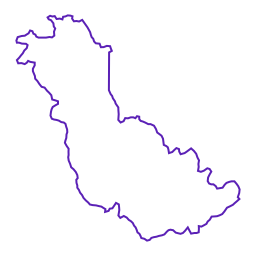 the district of Lorena, São Paulo, Brazil
{"feature_id": "56859067B19508502675553", "entity_name": "Lorena", "entity_type": "district", "adm_level": 2, "iso_a3": "BRA", "parent_name": "Brazil", "parent_adm1": "São Paulo", "projection": "orthographic", "projection_center": [-45.064, -22.777], "detail": "fine", "context": "isolated", "style": "outline", "palette": "violet", "viewbox_px": 256, "rotation_deg": 0, "n_neighbors": 0, "source": "geoboundaries", "source_scale": "gbopen_adm2", "svg_char_len": 3302}
<svg xmlns="http://www.w3.org/2000/svg" viewBox="0 0 256 256"><path d="M179.0,149.1L176.4,148.1L174.4,149.9L172.3,152.0L169.0,153.1L168.4,149.5L167.8,147.3L166.2,146.0L163.8,144.9L163.0,138.7L161.5,135.7L159.4,134.1L157.2,132.5L156.0,129.1L154.0,125.7L150.5,124.1L148.2,124.1L145.3,122.6L142.8,121.5L140.7,120.9L139.3,119.3L139.2,116.7L137.0,116.2L135.4,118.2L133.2,117.3L130.9,117.3L128.0,118.3L125.2,118.1L123.6,121.2L120.6,122.5L118.3,119.9L118.7,114.2L118.4,110.4L118.3,107.4L115.6,103.5L115.0,101.4L112.9,98.3L112.1,95.9L110.7,94.2L108.9,90.2L109.1,52.4L111.8,50.9L110.8,48.4L110.1,46.2L106.8,45.9L103.7,47.1L100.9,47.2L99.6,43.7L95.8,43.3L94.1,41.5L93.2,38.7L91.7,37.2L90.9,35.0L90.1,32.1L89.0,30.1L87.5,27.4L82.2,19.9L79.1,21.5L76.4,21.0L73.9,21.3L72.1,18.6L72.5,16.3L70.3,15.6L67.7,15.4L65.5,16.4L63.1,16.8L62.4,19.4L59.8,18.6L56.6,19.0L54.7,16.1L52.4,16.5L50.1,15.8L47.6,17.4L48.7,19.3L51.0,20.2L53.4,23.3L53.8,26.5L55.2,28.5L54.0,31.7L54.3,35.6L52.0,37.4L49.5,37.0L46.0,37.6L42.0,37.6L38.5,37.6L36.3,36.6L35.4,34.6L33.4,33.7L32.4,31.2L30.1,30.5L28.6,33.3L26.8,34.4L24.8,35.7L21.7,36.0L17.7,37.1L16.4,40.5L16.9,42.7L19.1,42.7L21.9,43.6L26.0,43.8L27.6,45.1L26.7,48.2L24.3,50.5L22.8,53.3L20.9,55.5L19.3,57.6L16.9,60.1L18.2,63.3L21.6,63.1L24.7,64.1L26.7,62.8L28.1,60.9L30.3,61.9L34.7,62.6L34.7,65.3L32.9,68.8L32.9,71.2L33.9,73.6L34.9,76.0L35.2,78.7L37.3,80.9L39.5,84.2L41.6,86.8L44.6,87.6L47.0,90.7L49.0,92.6L51.3,95.2L52.2,99.5L55.1,100.3L58.0,101.3L58.0,103.9L55.6,105.2L52.7,107.0L51.6,109.3L51.0,111.7L50.5,115.6L51.8,118.7L54.0,119.5L56.4,119.9L58.8,120.6L61.3,122.1L63.8,122.5L65.5,123.9L66.2,126.7L67.1,129.3L67.3,132.2L66.5,134.4L66.3,138.0L65.4,140.6L64.9,142.8L66.7,146.0L68.6,148.7L68.5,151.7L68.6,155.0L68.2,157.2L68.7,160.6L70.1,163.8L71.2,167.3L73.5,169.2L75.8,172.0L77.3,175.1L77.7,178.1L76.3,179.8L76.5,182.9L77.3,185.4L77.3,187.7L78.9,189.9L80.1,192.7L82.1,195.1L83.5,197.9L85.8,200.4L88.3,202.6L89.9,204.5L92.6,205.1L96.1,205.4L98.9,206.1L101.4,206.6L103.2,207.8L105.4,209.1L105.1,211.9L108.6,210.9L109.7,208.7L112.4,208.3L114.3,205.5L116.0,202.9L118.8,204.4L119.1,207.2L119.3,210.0L118.9,212.6L118.4,215.5L120.3,217.9L123.8,216.0L126.8,217.6L128.8,219.9L130.8,221.1L132.8,223.0L134.1,225.7L135.6,227.4L136.6,229.7L137.5,232.4L139.4,233.8L140.5,235.9L141.3,238.0L144.4,238.8L147.0,240.6L149.7,239.9L151.4,237.9L153.7,237.2L156.5,236.7L159.0,235.9L162.0,235.3L164.4,234.4L166.9,231.6L168.5,230.2L170.4,229.7L173.1,230.2L175.7,232.6L178.0,233.2L180.5,233.8L182.9,233.0L185.0,230.9L187.8,227.4L189.3,230.3L191.1,233.6L194.4,233.0L196.6,233.0L198.7,232.3L198.9,228.8L198.8,226.1L201.4,226.6L203.5,225.5L206.4,223.9L207.7,221.5L209.8,219.7L211.6,216.6L214.8,216.4L217.1,216.2L219.6,215.3L222.2,214.1L224.3,211.6L227.0,207.7L229.6,206.5L232.9,204.8L234.6,203.2L237.3,200.9L239.4,199.0L237.8,197.2L239.2,193.1L239.6,189.4L238.3,186.3L236.6,183.9L234.4,181.3L231.6,181.3L229.2,181.9L226.5,182.9L224.7,184.7L222.6,187.7L217.1,188.6L215.8,186.2L213.4,184.3L211.1,184.3L209.1,183.5L207.7,181.1L208.1,177.5L209.7,174.3L211.3,171.6L209.6,169.0L207.3,168.3L203.9,170.7L200.9,171.8L198.0,170.9L198.7,166.9L198.4,164.0L199.0,160.4L197.5,157.6L196.2,153.8L193.9,150.9L191.1,148.4L186.5,151.8L184.6,153.1L180.6,154.2L179.2,151.5L179.0,149.1Z" fill="none" stroke="#5b21b6" stroke-width="2"/></svg>